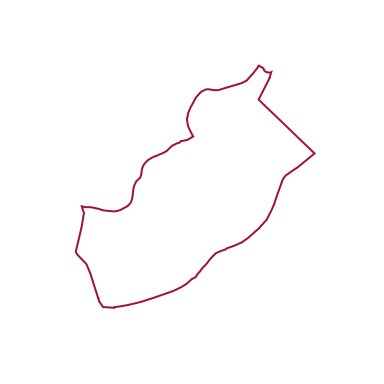 the district of Lower Fuladu West, Central River, Gambia, rotated 297°
{"feature_id": "56634734B90495316975710", "entity_name": "Lower Fuladu West", "entity_type": "district", "adm_level": 2, "iso_a3": "GMB", "parent_name": "Gambia", "parent_adm1": "Central River", "projection": "robinson", "projection_center": [-14.908, 13.525], "detail": "fine", "context": "isolated", "style": "outline", "palette": "rose", "viewbox_px": 384, "rotation_deg": 297, "n_neighbors": 0, "source": "geoboundaries", "source_scale": "gbopen_adm2", "svg_char_len": 2625}
<svg xmlns="http://www.w3.org/2000/svg" viewBox="0 0 384 384"><g transform="rotate(297 192 192)"><path d="M290.9,159.7L289.7,157.9L288.3,156.7L285.2,154.5L278.3,152.7L272.7,152.5L266.6,152.3L260.1,152.8L256.7,154.0L255.4,154.0L250.8,157.1L248.0,159.6L242.3,167.3L242.0,167.9L236.1,164.1L232.3,159.0L231.3,158.7L230.2,158.4L228.8,156.7L224.2,153.3L218.6,151.3L217.6,151.2L217.2,150.7L215.5,149.9L215.1,149.6L212.1,147.3L210.4,145.7L207.9,143.9L207.1,142.8L205.6,141.6L204.9,141.1L202.0,139.2L199.5,137.9L196.0,136.9L194.5,136.7L193.9,136.6L191.0,136.8L188.4,137.4L185.9,138.4L185.5,138.6L184.8,138.8L181.2,139.3L180.8,139.2L179.0,138.5L176.2,137.5L171.5,137.6L171.2,137.7L169.0,138.2L167.0,138.8L164.2,139.8L162.0,140.7L158.0,141.9L156.3,142.1L155.3,142.1L153.7,142.1L152.9,141.8L150.2,141.0L143.7,136.5L141.8,134.7L139.4,131.6L138.5,129.5L137.8,127.7L136.8,124.9L135.7,122.3L135.0,119.5L134.7,116.7L133.6,112.7L132.9,110.1L132.4,108.4L131.0,105.8L130.2,104.1L129.2,100.3L124.0,105.5L122.2,105.9L114.7,108.3L110.3,109.6L101.5,111.8L87.9,115.1L85.9,115.6L84.1,118.4L82.9,121.8L79.8,130.7L78.8,131.9L75.1,136.2L72.7,139.0L71.1,140.5L63.0,148.5L62.3,149.2L54.3,157.1L54.5,157.2L53.7,157.7L52.4,159.0L51.1,161.4L50.9,161.6L49.8,163.7L49.4,164.5L49.1,164.9L49.1,165.0L53.6,175.4L54.3,175.2L56.1,177.9L57.5,180.0L59.0,182.0L59.7,182.7L60.6,184.1L62.1,186.1L68.4,193.5L71.8,197.3L75.2,200.7L80.2,205.8L83.4,208.8L84.1,209.5L94.7,219.7L98.0,222.3L102.2,225.5L107.7,228.8L114.2,231.3L117.8,233.9L119.8,234.0L121.6,234.3L123.6,234.7L125.0,235.3L126.4,235.3L129.2,235.9L135.1,237.7L139.5,238.4L143.8,239.5L148.5,241.2L151.1,243.3L152.5,244.5L155.7,247.6L158.2,249.1L160.1,251.0L163.5,254.2L170.1,259.5L173.9,261.4L176.7,262.9L184.6,266.0L186.0,266.5L190.0,268.2L192.7,268.8L193.9,269.1L201.1,271.1L202.9,271.1L212.0,271.1L218.5,270.7L218.5,270.8L219.0,270.7L223.8,269.8L239.6,267.8L243.3,267.3L244.5,267.3L245.5,267.3L247.3,267.5L249.6,268.2L257.0,272.1L261.9,274.9L282.0,283.7L287.7,264.9L291.1,253.7L297.6,232.3L301.7,218.7L304.6,209.4L328.9,209.4L328.8,209.2L331.8,208.7L334.7,208.2L334.4,208.0L334.1,207.7L333.9,207.4L333.4,206.3L333.3,206.2L333.1,205.3L333.0,205.2L332.8,204.4L332.6,203.9L332.7,202.2L332.9,201.7L333.1,201.3L333.1,201.1L333.3,200.9L333.4,200.7L333.6,200.6L333.8,200.3L334.3,199.9L334.5,199.6L334.7,198.9L334.8,198.5L334.7,198.2L334.7,197.5L334.9,195.7L334.9,194.9L334.8,194.0L332.3,194.0L329.2,193.3L328.1,193.0L327.3,193.0L316.1,190.1L312.6,187.6L311.5,186.8L302.8,177.6L300.1,174.7L299.0,173.6L298.9,173.5L294.6,169.1L293.3,166.4L292.7,165.3L290.9,159.7Z" fill="none" stroke="#9f1239" stroke-width="2"/></g></svg>